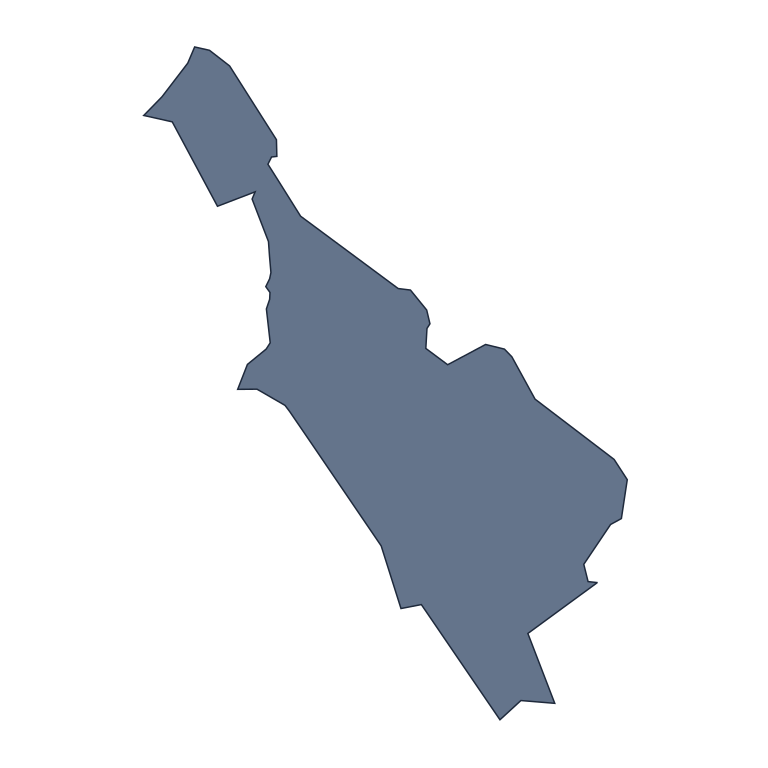 Newport News, Virginia, United States of America (Mercator projection), rotated 181°
{"feature_id": "52423323B40320593937866", "entity_name": "Newport News", "entity_type": "district", "adm_level": 2, "iso_a3": "USA", "parent_name": "United States of America", "parent_adm1": "Virginia", "projection": "mercator", "projection_center": [-76.498, 37.092], "detail": "fine", "context": "isolated", "style": "filled", "palette": "slate", "viewbox_px": 768, "rotation_deg": 181, "n_neighbors": 0, "source": "geoboundaries", "source_scale": "gbopen_adm2", "svg_char_len": 923}
<svg xmlns="http://www.w3.org/2000/svg" viewBox="0 0 768 768"><g transform="rotate(181 384 384)"><path d="M167.6,188.9L167.6,189.2L176.5,190.0L181.1,207.2L155.0,247.5L144.3,253.6L139.1,292.6L152.6,312.6L232.7,371.5L256.6,413.4L264.2,421.0L283.1,425.3L320.7,404.4L342.8,420.3L342.0,440.3L339.1,445.0L342.6,458.7L359.2,478.4L371.5,479.7L470.3,550.3L492.9,585.0L502.5,599.6L503.9,601.7L500.4,609.0L495.1,609.7L495.8,626.4L511.0,649.4L543.9,699.3L564.3,714.6L579.2,717.7L581.5,712.0L585.8,701.4L611.0,667.3L628.9,648.3L600.3,642.4L553.6,558.8L516.2,573.9L519.1,566.6L502.0,524.4L500.7,509.7L499.0,493.4L500.2,487.2L503.9,479.3L499.6,473.5L499.8,466.7L502.9,457.0L498.5,423.2L502.4,416.9L520.9,401.2L530.2,376.1L510.9,376.6L482.6,360.9L477.9,354.9L456.9,325.3L384.0,222.1L363.1,159.8L342.8,164.1L279.7,75.0L262.2,50.3L241.6,69.9L207.7,67.7L235.8,137.1L167.6,188.9Z" fill="#64748b" stroke="#1e293b" stroke-width="1.5"/></g></svg>